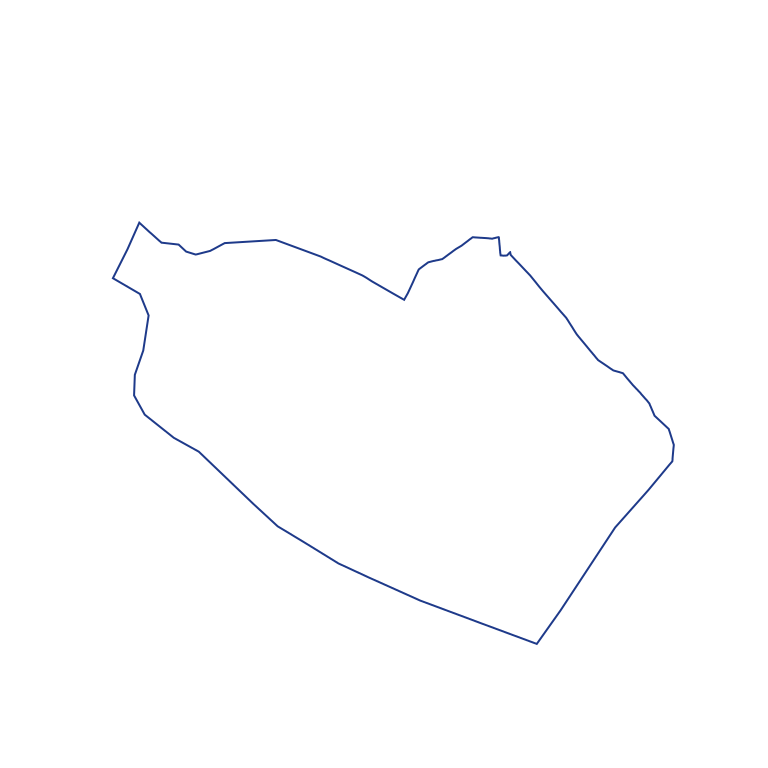 Sharg Aj Jabal, Southern Darfur, Sudan, rotated 43°
{"feature_id": "16777658B39782725929705", "entity_name": "Sharg Aj Jabal", "entity_type": "district", "adm_level": 2, "iso_a3": "SDN", "parent_name": "Sudan", "parent_adm1": "Southern Darfur", "projection": "mercator", "projection_center": [24.504, 12.892], "detail": "fine", "context": "isolated", "style": "outline", "palette": "blue", "viewbox_px": 768, "rotation_deg": 43, "n_neighbors": 0, "source": "geoboundaries", "source_scale": "gbopen_adm2", "svg_char_len": 4771}
<svg xmlns="http://www.w3.org/2000/svg" viewBox="0 0 768 768"><g transform="rotate(43 384 384)"><path d="M647.6,243.9L647.3,243.5L646.2,242.0L645.9,241.8L645.3,241.0L641.7,236.4L639.3,233.3L638.6,232.3L638.4,232.1L637.9,231.4L637.7,231.2L637.5,230.9L636.8,230.5L635.9,230.0L635.5,229.8L633.6,228.7L625.1,223.9L623.7,223.2L623.2,222.8L622.9,222.7L622.7,222.7L622.3,222.7L621.9,222.7L621.3,222.7L621.1,222.7L619.9,222.7L618.3,222.7L616.7,222.7L615.7,222.7L613.0,222.7L607.6,222.7L605.0,222.7L604.1,222.7L603.8,222.7L603.5,222.7L603.3,222.6L603.1,222.5L602.8,222.4L602.0,222.0L601.5,221.8L599.5,220.9L599.2,220.7L598.5,220.5L596.1,219.4L594.8,218.8L592.6,217.9L592.2,217.7L591.5,217.3L591.1,217.2L590.6,217.2L588.8,216.9L587.4,216.7L586.4,216.6L585.8,216.6L583.6,216.4L583.3,216.3L582.5,216.3L581.0,216.1L580.4,216.1L579.7,216.0L579.4,216.0L578.7,215.9L578.3,215.8L577.7,215.7L577.4,215.7L576.3,215.6L575.7,215.6L575.4,215.6L574.0,215.5L573.5,215.4L571.9,215.4L569.4,215.2L568.6,215.2L568.0,215.1L567.3,215.1L566.9,215.1L566.7,215.1L566.4,215.0L565.4,214.9L564.6,214.8L564.4,214.8L564.0,214.7L563.3,214.7L563.0,214.6L562.6,214.6L562.3,214.5L562.1,214.5L561.8,214.5L561.6,214.4L561.3,214.4L560.9,214.4L560.4,214.3L559.4,214.2L558.4,214.1L556.2,213.8L554.7,213.6L551.7,213.2L551.3,213.2L549.5,214.1L549.3,214.2L547.6,215.0L547.1,215.3L544.0,216.9L543.0,217.4L542.3,217.7L541.7,217.8L541.0,217.9L540.2,218.0L539.4,218.2L537.2,218.5L535.0,218.8L533.2,219.1L531.2,219.4L530.6,219.5L527.5,220.0L524.9,220.4L524.4,220.5L524.2,220.5L522.9,220.3L522.7,220.3L521.9,220.2L521.5,220.2L520.9,220.1L517.5,219.6L516.9,219.6L515.7,219.4L511.3,218.9L510.2,218.7L509.2,218.6L507.0,218.3L497.5,217.1L496.1,216.9L494.3,216.7L493.6,216.6L492.3,216.4L491.6,216.3L491.3,216.3L491.0,216.2L488.9,215.7L486.2,215.0L484.7,214.6L483.7,214.3L478.6,213.0L477.1,212.6L474.9,212.0L473.7,211.7L473.4,211.7L473.2,211.6L472.4,211.4L472.2,211.3L471.6,211.3L471.2,211.2L470.6,211.2L470.2,211.1L469.4,211.1L469.0,211.0L468.7,211.0L468.2,210.9L467.9,210.9L467.7,210.9L466.6,210.8L466.2,210.7L465.6,210.7L464.5,210.6L459.2,210.0L443.7,208.4L442.7,208.3L437.0,207.7L431.4,207.0L427.9,206.5L426.0,206.2L416.6,204.9L416.1,204.9L413.1,204.7L411.1,204.6L403.4,204.1L400.2,203.9L395.9,203.7L394.6,203.6L388.7,203.2L388.1,202.8L387.5,202.4L386.4,201.6L386.3,201.8L386.3,202.0L386.3,202.4L386.3,203.2L386.3,203.6L386.3,204.5L386.3,205.1L386.3,205.4L386.3,205.7L386.3,206.0L385.9,206.5L385.6,206.9L385.3,207.2L385.1,207.4L384.9,207.6L384.7,207.8L384.0,208.5L383.6,208.9L383.2,209.1L383.0,209.3L382.6,209.6L382.2,209.9L382.1,210.0L381.9,210.1L381.6,210.4L381.3,210.2L381.2,210.1L380.7,209.7L380.1,209.2L379.9,209.1L379.6,208.8L379.3,208.6L378.6,207.9L377.9,207.3L377.5,207.0L376.8,206.3L376.1,205.7L375.3,204.9L374.8,204.5L373.8,203.6L373.5,203.4L373.2,203.1L372.8,202.7L372.5,202.5L372.2,202.2L371.4,201.5L370.9,201.0L369.9,200.1L369.7,200.0L369.1,199.5L368.7,199.0L368.4,198.8L368.2,198.6L367.9,198.4L367.6,198.5L367.3,198.9L367.0,199.4L366.7,199.8L366.5,200.1L366.2,200.5L365.5,201.7L364.9,202.5L364.0,204.0L362.2,205.3L361.9,205.6L361.7,205.7L361.0,206.2L360.0,207.0L359.0,207.8L358.4,208.3L356.7,209.7L355.1,211.0L354.8,211.3L354.4,211.6L351.7,213.8L350.5,214.8L349.7,215.4L348.7,216.3L348.6,216.9L348.5,217.6L348.3,218.8L348.2,219.3L348.1,219.5L347.7,222.3L347.3,224.5L346.5,229.2L346.4,229.9L345.5,233.0L345.4,233.3L344.6,236.1L344.0,239.1L343.9,239.6L343.6,241.4L342.7,246.1L342.5,247.3L342.3,248.3L342.0,250.1L341.4,253.0L340.8,253.8L339.1,256.4L337.8,258.1L336.9,259.5L336.3,260.2L335.7,261.2L335.4,261.6L335.1,262.1L333.4,264.8L333.2,265.7L333.0,266.8L332.9,267.4L332.9,267.6L332.7,268.4L332.1,271.7L331.9,272.9L331.8,273.5L331.7,273.9L331.6,274.6L331.4,275.7L331.3,276.5L331.4,276.8L331.6,277.6L331.9,278.4L332.0,278.8L332.4,279.9L334.2,285.4L335.6,289.4L338.1,297.0L339.1,300.1L339.5,301.3L341.2,308.3L341.3,308.7L328.3,311.8L305.5,317.1L303.4,317.5L298.8,318.3L295.6,319.0L295.3,319.1L294.3,319.3L287.1,321.7L271.2,327.1L259.9,330.9L255.4,332.5L254.9,332.6L254.5,332.8L250.9,333.9L217.7,347.8L206.7,352.4L171.4,389.6L170.9,391.1L170.7,391.6L167.7,400.6L167.3,401.8L166.7,403.4L166.4,404.3L166.1,405.2L165.9,405.5L165.4,406.3L161.8,411.9L160.2,414.4L158.6,416.9L158.2,417.4L157.9,417.8L149.0,422.1L138.7,422.1L125.4,432.0L124.9,432.4L124.3,432.4L123.8,432.4L123.5,432.4L123.2,432.4L122.6,432.5L122.2,432.5L111.0,432.7L109.0,432.8L96.2,432.9L95.0,432.9L104.5,460.4L113.6,491.5L144.1,484.6L165.1,494.4L185.1,523.7L195.5,547.2L209.0,562.8L229.9,569.6L267.0,566.7L294.7,559.8L370.0,560.8L403.3,560.6L433.7,554.2L473.1,546.3L504.8,535.9L558.2,517.7L617.9,492.9L673.0,469.9L671.4,458.0L667.5,429.0L650.9,331.3L649.7,281.7L649.3,274.6L647.8,248.8L647.6,243.9Z" fill="none" stroke="#1e3a8a" stroke-width="2"/></g></svg>